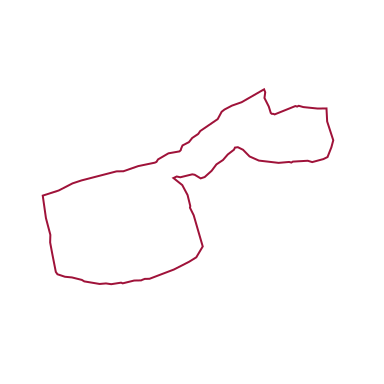 Yupiltepeque, Jutiapa, Guatemala (orthographic projection), rotated 245°
{"feature_id": "79465075B99403768988666", "entity_name": "Yupiltepeque", "entity_type": "district", "adm_level": 2, "iso_a3": "GTM", "parent_name": "Guatemala", "parent_adm1": "Jutiapa", "projection": "orthographic", "projection_center": [-89.785, 14.166], "detail": "fine", "context": "isolated", "style": "outline", "palette": "rose", "viewbox_px": 384, "rotation_deg": 245, "n_neighbors": 0, "source": "geoboundaries", "source_scale": "gbopen_adm2", "svg_char_len": 1310}
<svg xmlns="http://www.w3.org/2000/svg" viewBox="0 0 384 384"><g transform="rotate(245 192 192)"><path d="M194.9,39.2L177.1,34.8L174.3,35.3L168.9,41.0L165.3,47.1L158.9,55.0L156.5,56.6L147.7,69.4L145.5,75.4L142.6,79.8L139.8,89.4L138.5,90.6L136.2,102.2L133.4,108.5L133.4,110.0L133.2,112.5L131.3,116.8L129.4,142.8L130.0,159.9L131.0,168.3L138.1,178.7L170.2,183.7L178.6,183.5L180.0,184.5L191.1,186.7L202.4,186.1L212.5,181.1L212.5,184.7L210.3,187.6L207.9,199.7L206.5,201.7L200.7,205.6L200.2,209.8L202.9,218.7L206.7,225.8L207.9,233.6L210.9,240.3L212.6,247.9L214.1,249.7L213.2,252.5L208.7,256.1L199.9,259.2L192.2,265.9L181.8,282.8L178.2,292.7L176.7,294.5L176.9,296.3L171.4,310.1L168.3,313.6L166.3,325.0L166.4,329.6L173.6,337.2L179.2,341.9L198.8,344.3L210.9,349.2L214.5,341.2L221.9,328.8L225.0,325.2L225.0,323.4L226.2,322.0L227.4,299.7L228.3,298.9L229.2,297.3L230.4,296.8L237.0,297.7L246.6,297.4L251.4,300.5L254.6,300.7L252.4,274.9L253.4,264.7L253.0,256.3L252.2,252.8L247.2,246.1L243.8,225.3L242.0,222.2L240.9,215.1L238.5,210.3L238.2,203.1L237.0,201.7L235.8,200.4L234.7,199.5L234.1,197.8L237.0,187.0L235.9,175.0L234.3,172.5L234.3,170.7L238.2,154.2L239.8,138.6L242.6,132.3L249.2,96.7L250.3,87.4L249.7,71.8L251.8,55.2L230.1,48.6L213.0,45.5L206.2,42.1L194.9,39.2Z" fill="none" stroke="#9f1239" stroke-width="2"/></g></svg>